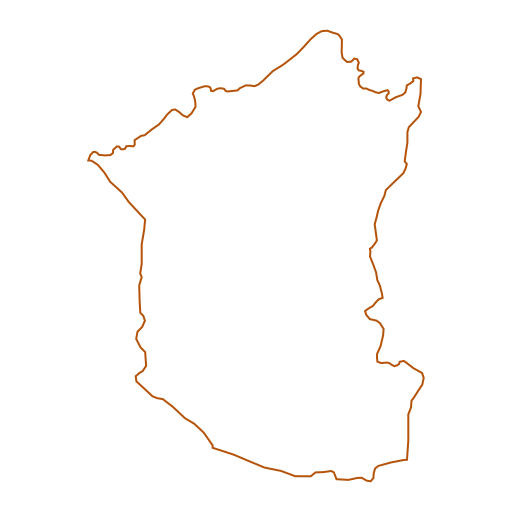 outline of Canelones, Canelones, Uruguay
{"feature_id": "84410073B2081197170213", "entity_name": "Canelones", "entity_type": "district", "adm_level": 2, "iso_a3": "URY", "parent_name": "Uruguay", "parent_adm1": "Canelones", "projection": "mercator", "projection_center": [-56.237, -34.531], "detail": "fine", "context": "isolated", "style": "outline", "palette": "amber", "viewbox_px": 512, "rotation_deg": 0, "n_neighbors": 0, "source": "geoboundaries", "source_scale": "gbopen_adm2", "svg_char_len": 3026}
<svg xmlns="http://www.w3.org/2000/svg" viewBox="0 0 512 512"><path d="M212.6,447.8L233.8,454.7L246.5,460.1L264.6,467.6L281.0,470.9L295.1,476.2L310.7,476.3L315.5,472.4L323.5,472.1L331.1,471.0L333.9,472.4L336.5,479.2L348.3,479.9L357.5,477.9L361.7,477.8L366.8,480.7L370.6,481.3L373.4,478.1L373.7,473.6L375.0,468.6L378.3,465.9L391.3,462.4L402.6,460.2L407.0,459.7L408.3,440.7L408.3,414.5L411.0,407.4L411.5,400.6L413.6,398.0L418.0,391.1L422.3,384.6L423.7,378.0L422.1,373.0L413.6,368.3L409.8,365.4L406.4,362.7L403.7,360.9L399.7,361.8L399.0,364.1L396.7,365.5L394.3,366.2L391.8,364.8L390.1,363.6L388.1,362.7L385.2,362.7L381.2,363.1L377.4,361.6L377.0,357.4L377.1,353.8L378.9,349.8L380.6,346.0L383.1,335.4L383.6,328.9L380.0,323.2L376.5,320.6L369.8,319.1L366.2,314.8L365.1,311.0L369.1,308.1L373.0,305.9L375.6,302.5L378.7,299.3L382.6,297.9L382.0,293.8L379.9,285.6L377.3,280.0L376.1,272.5L373.3,264.7L370.0,256.5L370.4,251.4L369.9,248.7L371.9,247.5L374.8,243.7L376.9,240.4L375.8,232.5L374.7,224.2L376.8,216.6L378.0,211.1L380.8,203.1L384.3,196.1L385.9,190.0L403.4,173.1L405.6,168.4L406.8,164.1L404.7,161.3L405.7,153.6L407.4,142.6L407.4,132.2L408.8,127.2L418.5,117.0L421.0,112.0L418.3,106.1L420.5,94.0L421.0,79.1L417.1,77.4L413.1,78.4L413.3,81.1L410.2,83.5L406.8,85.4L406.4,88.7L405.3,92.4L402.4,94.9L395.9,97.2L389.5,100.7L387.4,99.7L386.2,97.5L386.9,95.1L388.6,93.4L388.7,91.5L387.6,90.2L383.6,91.2L378.9,93.0L375.7,92.3L372.6,90.9L369.1,89.9L366.5,88.5L363.1,88.5L360.2,86.4L358.9,83.9L358.4,78.2L359.3,76.6L361.5,74.8L363.4,73.6L363.6,71.8L361.1,70.8L358.7,70.4L357.6,68.6L357.8,65.5L358.8,62.7L357.3,59.3L354.3,58.6L351.3,61.6L347.2,62.0L344.9,60.1L342.5,57.7L341.6,51.9L341.8,46.9L341.9,39.5L339.5,35.7L337.7,34.1L332.2,32.5L327.2,30.7L321.6,31.2L316.4,34.0L310.5,39.4L303.9,46.7L297.0,53.9L287.6,61.3L282.8,64.9L272.7,71.2L263.2,80.5L258.4,84.5L254.5,86.2L250.1,85.5L245.7,85.4L239.8,88.2L237.5,90.4L233.1,90.9L227.5,91.5L225.5,90.8L224.1,88.8L220.8,88.2L217.4,88.7L213.0,91.2L211.0,90.8L210.7,88.6L209.9,87.2L208.0,86.4L204.9,86.2L198.2,88.2L194.9,89.7L192.8,93.5L194.0,96.4L194.9,99.9L195.4,103.1L195.5,106.9L191.4,113.5L187.2,117.2L183.0,115.4L178.6,111.6L175.2,109.5L172.1,109.9L167.2,114.5L163.7,119.1L159.0,124.4L151.7,129.5L144.7,135.2L141.0,135.9L134.6,140.2L134.7,144.6L133.6,146.3L129.3,146.0L126.2,146.3L125.1,148.7L122.7,149.4L120.8,149.1L119.2,146.7L116.9,146.4L113.2,149.8L112.9,153.1L110.4,155.1L104.9,155.4L99.1,154.9L97.1,152.9L95.3,151.9L93.2,152.0L90.3,155.1L88.3,160.4L91.7,160.8L97.9,164.9L104.3,172.5L110.2,181.8L122.0,192.5L128.7,201.9L140.3,214.4L145.1,219.5L144.2,229.5L141.7,244.3L141.7,263.9L140.9,269.1L140.2,273.5L141.7,277.1L139.2,285.4L139.6,300.1L140.3,312.9L143.3,315.8L144.9,320.7L142.2,326.9L137.5,331.7L136.2,338.9L140.6,347.5L145.2,352.1L146.1,365.9L142.7,371.0L139.1,373.3L135.7,376.2L136.4,381.4L142.1,386.6L152.5,396.3L157.3,398.2L162.8,399.1L172.8,406.8L184.9,418.2L194.3,423.8L203.7,432.6L209.3,440.6L211.1,443.3L212.6,445.2L212.6,447.8Z" fill="none" stroke="#b45309" stroke-width="2"/></svg>